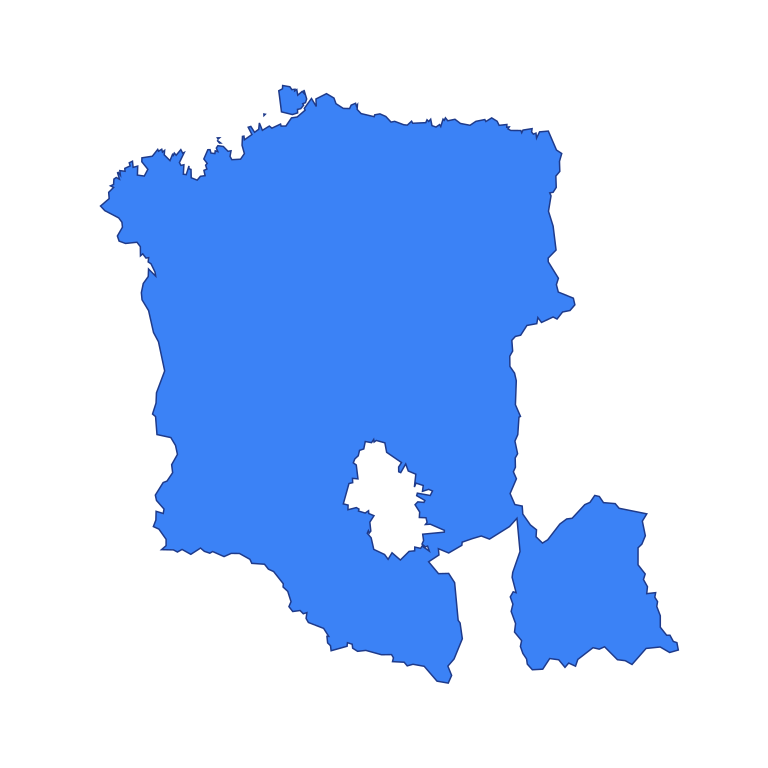 the district of Malang, Jawa Timur, Indonesia, rotated 173°
{"feature_id": "22746128B8866265958554", "entity_name": "Malang", "entity_type": "district", "adm_level": 2, "iso_a3": "IDN", "parent_name": "Indonesia", "parent_adm1": "Jawa Timur", "projection": "robinson", "projection_center": [112.621, -8.113], "detail": "fine", "context": "isolated", "style": "filled", "palette": "blue", "viewbox_px": 768, "rotation_deg": 173, "n_neighbors": 0, "source": "geoboundaries", "source_scale": "gbopen_adm2", "svg_char_len": 6147}
<svg xmlns="http://www.w3.org/2000/svg" viewBox="0 0 768 768"><g transform="rotate(173 384 384)"><path d="M179.5,591.1L184.3,595.2L190.1,615.0L198.9,615.3L202.6,609.5L202.6,614.5L205.3,613.8L206.8,616.1L205.9,619.4L215.1,619.1L216.7,616.6L217.3,618.9L227.3,620.2L229.9,622.1L228.4,623.9L230.9,623.9L230.4,626.6L238.2,626.7L239.7,631.0L244.7,635.0L250.9,632.1L251.7,634.2L260.8,633.5L267.1,630.3L276.4,633.3L281.3,638.1L288.6,637.5L290.6,640.7L292.1,638.4L293.1,639.7L296.3,632.6L297.2,634.7L301.1,632.7L304.9,634.6L305.4,641.1L307.6,639.1L309.1,641.0L310.7,638.3L323.7,639.3L324.6,641.5L329.3,638.1L332.8,638.9L341.4,643.4L345.1,643.1L349.6,649.3L355.1,652.6L360.4,652.3L361.2,650.5L373.8,655.2L377.2,659.8L376.3,664.5L377.5,663.2L378.0,666.1L382.6,664.8L384.6,661.6L390.8,662.5L397.5,668.1L398.8,673.9L405.7,679.2L416.8,675.2L417.4,667.7L421.2,676.2L429.5,667.3L428.9,665.4L437.6,659.6L443.4,659.4L449.9,652.0L454.7,652.5L455.0,654.6L464.1,651.6L466.4,654.0L473.8,650.6L475.9,658.3L477.3,652.1L481.8,649.6L484.8,655.9L487.5,655.4L484.7,647.7L492.8,643.4L492.8,647.1L494.3,647.0L495.8,638.2L494.5,629.7L499.0,624.6L507.7,625.2L509.1,628.7L507.4,634.1L510.5,634.0L514.5,639.3L519.8,640.8L521.7,638.6L520.6,634.9L523.1,636.0L523.8,633.3L527.6,634.3L528.1,637.8L530.3,638.0L535.4,629.3L532.6,624.5L534.4,622.9L533.6,618.9L536.7,618.0L536.2,612.6L540.9,612.5L544.6,609.1L550.2,612.2L549.4,620.5L551.4,621.5L551.0,624.2L554.8,615.9L557.6,616.7L555.9,626.0L558.9,625.7L560.1,628.7L554.0,638.2L555.7,637.7L557.1,641.4L562.4,636.4L564.0,638.8L565.7,635.8L565.5,638.4L569.2,631.8L574.2,638.2L573.3,642.6L575.6,641.2L576.0,644.1L579.4,642.5L580.0,644.4L586.2,638.3L596.7,638.0L597.3,634.1L592.2,625.9L596.6,619.6L603.3,621.4L601.9,630.3L606.6,629.6L606.5,635.8L609.9,634.6L609.4,631.4L615.0,629.6L615.1,626.7L620.2,628.0L620.2,623.3L622.0,626.4L622.7,626.1L621.6,619.5L624.6,621.6L627.1,620.3L628.1,615.0L631.3,614.0L628.4,612.1L633.9,607.8L634.2,601.5L643.7,595.2L640.0,590.1L627.1,581.2L624.4,576.5L624.5,571.5L630.6,563.4L629.5,558.1L623.4,555.0L611.9,554.8L609.1,550.0L610.1,540.9L607.6,542.6L604.9,538.0L602.2,538.1L603.2,533.9L600.6,531.7L597.6,522.9L597.5,518.9L603.7,526.8L604.9,519.4L610.7,513.1L613.7,504.2L613.9,497.1L608.7,485.5L606.5,463.2L602.7,453.4L600.1,423.7L610.9,403.0L612.6,392.8L617.4,382.4L614.7,379.5L615.5,361.5L602.1,356.8L598.4,348.4L597.6,339.3L604.6,329.8L604.6,321.7L611.2,314.1L615.2,313.1L624.5,301.6L624.0,296.1L617.6,286.7L618.9,282.4L625.7,285.4L627.0,276.8L630.3,270.6L625.1,267.4L619.2,256.4L620.0,250.1L625.0,246.7L613.2,245.0L609.5,242.4L604.6,244.4L596.5,238.5L586.1,243.5L582.7,239.8L577.5,237.3L574.5,238.6L563.8,232.2L556.3,234.5L548.1,233.4L538.4,226.3L537.1,222.1L524.6,219.7L521.3,214.3L516.4,211.3L508.3,198.0L508.9,194.8L504.8,189.9L502.8,179.3L505.5,174.6L502.3,169.3L494.9,169.4L492.1,165.8L488.4,166.5L489.9,160.8L488.1,156.5L473.7,148.8L469.6,140.2L471.4,140.5L471.5,133.9L469.0,130.8L469.0,125.7L452.6,128.2L451.8,131.7L447.3,129.6L447.3,125.6L442.8,121.9L434.5,121.8L419.5,115.6L409.5,114.5L408.0,111.1L409.4,107.4L397.9,105.4L395.3,101.4L389.4,102.3L378.5,98.9L367.6,82.6L356.7,79.3L352.4,86.5L355.0,96.2L348.0,102.5L337.3,121.6L337.6,137.5L339.2,140.4L338.1,178.2L342.9,188.1L353.0,189.1L361.4,202.1L350.3,207.6L350.1,213.9L340.4,208.4L326.4,214.4L325.7,217.5L315.0,219.8L306.0,221.3L298.2,217.2L276.8,227.2L268.4,234.5L269.4,201.2L279.2,181.3L280.4,176.5L278.3,160.8L281.1,162.0L284.6,157.3L282.9,149.8L285.5,142.8L282.6,130.2L284.7,121.9L278.7,112.5L280.6,106.9L279.0,99.6L276.0,93.7L275.9,88.5L271.6,82.3L261.2,81.6L253.0,91.3L244.2,89.0L238.9,80.7L234.7,84.5L228.3,80.6L225.2,87.0L208.7,96.8L202.7,94.6L197.1,96.3L185.9,81.9L178.3,80.0L172.0,75.4L156.1,89.6L141.9,89.3L133.2,82.7L124.3,84.1L124.8,91.6L128.2,93.2L130.8,99.8L134.1,100.2L139.4,108.9L138.0,120.3L140.4,130.0L139.0,134.6L141.2,139.4L139.8,143.8L148.8,143.9L147.2,150.7L150.3,158.3L147.9,163.6L153.9,173.6L151.8,190.5L147.6,193.6L143.1,201.5L144.3,216.4L139.0,223.1L165.8,232.0L169.1,237.1L180.6,239.5L184.0,246.1L188.4,247.7L194.0,241.4L199.4,239.8L213.6,227.8L219.1,227.8L226.5,223.6L240.5,209.4L246.1,206.8L251.7,213.8L250.4,220.7L255.9,226.3L262.1,238.0L261.7,246.0L268.8,248.4L272.2,259.9L264.1,273.8L266.3,281.1L263.7,285.4L262.8,294.6L259.9,298.5L261.0,311.4L257.4,317.4L254.1,334.6L252.5,335.2L256.1,347.4L252.3,371.1L253.1,378.9L256.9,386.1L255.8,396.3L252.3,401.0L251.8,411.8L247.8,415.2L242.4,415.8L235.0,424.7L225.0,425.3L223.2,431.2L220.2,425.9L208.0,429.9L204.3,427.4L198.0,433.7L190.4,434.3L184.9,439.3L185.6,446.1L199.8,454.0L200.8,461.6L198.0,467.7L206.1,485.3L205.7,489.0L196.9,496.0L196.9,520.1L199.7,535.4L195.3,550.4L196.2,553.5L192.8,553.7L189.1,558.1L188.1,569.4L183.6,573.6L182.7,583.6L179.5,591.1ZM351.7,267.7L364.2,271.6L365.2,269.2L357.6,263.4L358.8,261.6L364.8,262.9L367.9,260.4L364.2,252.6L365.2,247.2L358.6,246.1L358.1,241.4L360.0,239.5L355.1,239.2L341.9,231.4L342.2,229.6L363.9,230.2L363.8,223.7L365.8,220.5L362.8,217.3L360.5,217.8L359.4,212.6L365.9,218.5L367.7,216.4L373.3,218.4L373.9,214.7L379.5,214.8L389.2,207.3L396.6,215.5L401.3,209.5L404.2,214.7L414.3,221.1L415.5,232.9L418.8,237.9L417.4,240.3L416.8,237.8L415.0,239.6L414.9,248.6L410.0,254.5L414.9,257.3L414.8,260.1L418.4,258.2L424.8,261.0L424.1,262.9L426.5,264.7L435.1,263.6L434.4,268.2L439.0,270.0L430.9,289.5L427.1,289.9L426.8,294.2L421.4,293.0L421.4,307.0L424.1,309.5L422.1,313.2L418.3,315.9L416.4,321.1L412.0,322.0L409.6,329.2L403.5,327.3L401.0,330.2L400.9,327.6L398.5,328.9L390.3,325.5L389.7,315.9L376.2,303.9L379.6,299.8L380.1,295.1L378.2,294.0L372.2,302.0L370.5,294.7L363.4,290.6L366.4,278.0L364.3,281.7L357.4,278.5L358.9,272.8L352.5,274.0L348.9,271.9L351.7,267.7ZM442.1,662.6L436.7,663.6L436.4,667.1L433.1,667.4L429.8,670.5L430.5,672.1L427.7,672.8L426.0,676.3L427.6,685.6L428.1,682.4L429.5,684.4L434.4,681.2L434.7,686.9L436.9,685.8L436.5,687.4L439.6,687.4L441.2,690.5L448.2,692.6L448.8,689.4L452.7,687.9L452.6,666.6L442.1,662.6ZM519.9,646.2L517.9,643.2L516.7,643.1L519.9,646.2ZM469.0,666.2L470.3,666.6L470.4,665.1L469.0,666.2ZM519.4,648.6L518.9,647.3L517.3,648.4L519.4,648.6Z" fill="#3b82f6" stroke="#1e3a8a" stroke-width="1.5"/></g></svg>